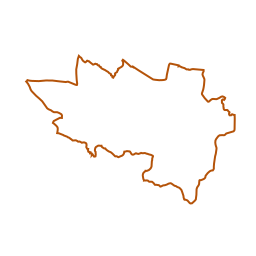 the district of Anina, Caras-Severin, Romania, rotated 96°
{"feature_id": "2599482B55434299191189", "entity_name": "Anina", "entity_type": "district", "adm_level": 2, "iso_a3": "ROU", "parent_name": "Romania", "parent_adm1": "Caras-Severin", "projection": "natural_earth1", "projection_center": [21.868, 45.042], "detail": "fine", "context": "isolated", "style": "outline", "palette": "amber", "viewbox_px": 256, "rotation_deg": 96, "n_neighbors": 0, "source": "geoboundaries", "source_scale": "gbopen_adm2", "svg_char_len": 5690}
<svg xmlns="http://www.w3.org/2000/svg" viewBox="0 0 256 256"><g transform="rotate(96 128 128)"><path d="M140.5,197.9L140.5,196.2L141.8,191.5L142.0,191.3L142.2,190.8L142.3,190.3L142.7,188.9L142.8,188.3L143.2,187.2L143.6,186.7L143.7,185.9L144.1,185.0L144.4,184.5L144.9,184.0L145.0,183.7L145.0,183.4L145.2,183.1L146.2,181.8L146.2,181.6L145.7,178.7L145.8,178.2L146.1,177.5L146.3,176.9L146.8,176.2L146.7,175.5L146.5,174.7L146.9,173.6L147.5,172.3L147.0,171.1L147.0,170.6L146.9,169.7L147.6,168.0L147.9,167.8L148.5,167.7L149.2,167.4L151.3,167.5L152.9,166.5L153.0,166.3L153.0,165.6L153.6,165.8L153.9,165.7L154.1,165.3L155.6,165.1L155.8,164.8L155.9,164.5L155.9,163.9L156.0,163.0L156.9,163.3L157.3,163.1L156.9,161.9L157.1,161.3L157.3,161.2L157.5,161.1L158.4,161.2L158.6,161.2L158.1,160.9L158.0,160.6L158.0,160.4L159.3,159.4L160.0,158.7L159.8,157.8L159.6,157.4L158.0,157.3L155.6,157.7L155.2,157.7L154.5,158.3L153.8,158.6L152.5,158.6L151.5,158.4L150.9,158.3L150.2,157.8L148.8,156.0L148.6,155.6L148.6,155.1L148.5,154.4L148.6,153.4L148.4,152.5L149.4,152.1L150.0,151.3L150.3,150.5L150.8,149.6L150.8,149.2L150.7,148.4L151.2,148.1L152.2,146.8L153.3,144.7L153.9,142.6L155.0,140.9L157.5,137.8L157.5,137.5L157.3,136.4L157.4,136.0L157.9,135.0L158.0,134.3L157.5,133.6L156.0,130.8L155.0,129.9L153.8,129.4L151.9,129.2L151.7,128.1L151.2,127.0L151.1,126.6L151.1,125.1L151.2,124.4L151.1,124.0L151.3,123.5L153.4,121.9L153.7,121.6L154.0,120.9L154.0,120.3L153.8,119.7L153.3,118.9L152.5,117.9L152.3,117.4L152.5,116.8L152.6,116.0L152.7,114.9L152.5,114.4L152.0,113.5L151.9,113.1L151.4,112.4L151.6,111.3L151.5,110.3L151.2,109.1L151.2,108.2L151.6,106.8L151.6,106.2L152.1,104.1L152.3,102.5L152.4,102.1L152.7,101.4L153.0,100.5L153.4,100.2L153.7,100.2L154.8,100.5L155.7,100.7L156.2,100.7L157.5,100.6L158.5,100.8L163.2,100.6L164.0,100.6L165.2,101.0L166.0,101.4L167.6,102.8L168.6,104.6L168.7,105.1L168.7,106.0L169.0,106.0L169.1,106.3L170.8,107.8L171.7,108.2L173.3,108.4L174.3,108.2L176.4,107.6L177.5,107.2L178.2,106.6L178.6,106.6L178.4,105.9L178.4,105.0L178.2,104.3L178.2,103.1L178.3,102.6L178.8,102.0L179.2,101.3L179.2,100.9L179.0,99.6L179.0,98.4L180.1,96.8L181.5,95.5L181.7,95.2L181.5,93.5L181.6,93.0L181.6,91.4L182.5,90.1L182.8,89.9L182.9,89.7L182.6,88.9L181.6,87.4L181.2,86.3L181.1,85.5L180.5,84.1L179.9,83.0L179.3,82.2L179.0,81.6L178.5,80.1L178.5,79.7L178.7,79.0L180.3,76.2L180.6,75.6L180.7,74.5L180.9,74.0L181.5,72.9L182.0,71.0L182.3,70.4L183.9,68.5L185.6,67.6L188.9,66.1L189.9,65.7L191.1,65.5L193.2,64.6L193.4,64.3L193.4,64.0L193.2,63.7L193.8,61.4L194.2,60.9L196.0,59.0L196.5,58.1L196.2,56.5L193.4,54.0L192.0,53.1L187.3,53.0L181.6,53.4L179.8,53.0L177.6,51.8L176.1,51.4L175.4,51.5L172.7,51.5L172.3,51.1L172.2,49.9L171.9,49.3L171.2,48.0L170.4,46.8L169.3,46.0L167.3,45.8L164.5,44.0L162.5,42.2L161.6,40.7L161.3,39.2L160.2,38.6L159.4,38.4L157.6,38.6L154.4,38.7L147.0,38.4L144.5,38.0L139.4,37.8L138.2,38.0L136.7,38.7L135.0,39.3L133.2,39.7L131.2,39.7L129.6,39.1L126.8,37.4L125.7,36.2L125.3,34.0L125.1,31.6L124.6,30.8L123.2,29.7L120.3,22.7L119.5,22.1L118.9,21.9L117.9,21.9L107.8,22.8L103.9,23.3L103.9,24.4L103.8,24.9L103.5,25.4L103.5,26.0L104.6,26.9L104.7,28.3L103.8,28.9L103.0,29.0L102.4,28.7L101.7,28.7L101.4,29.1L101.0,29.8L99.9,30.8L99.7,31.3L99.8,31.9L99.9,32.4L100.0,33.7L99.6,34.4L98.8,34.9L97.7,35.0L97.2,35.3L94.6,35.6L93.9,36.2L93.4,37.0L92.6,37.3L91.4,37.4L90.8,37.5L90.2,37.3L89.8,36.8L89.6,36.5L89.6,36.1L90.0,35.4L88.9,34.7L87.9,34.5L87.2,35.6L86.7,37.2L87.1,38.5L88.5,40.3L89.9,42.6L90.1,43.2L90.2,46.5L90.4,47.3L91.5,48.7L92.9,49.9L93.4,50.5L93.4,51.3L90.3,54.8L86.8,57.9L85.9,58.1L81.8,57.2L79.6,57.0L77.1,56.9L72.3,57.0L71.3,57.2L69.8,58.0L68.4,58.9L67.0,59.5L65.6,59.4L63.6,58.7L62.4,58.9L62.6,69.6L63.1,71.4L63.5,71.9L63.7,73.0L63.7,73.5L63.5,73.8L63.6,74.0L63.4,74.5L63.5,74.8L63.6,75.8L63.1,77.0L62.5,78.0L62.5,78.3L62.3,79.5L62.1,80.0L62.1,80.7L61.7,81.4L61.6,82.1L61.3,82.6L61.1,83.0L61.2,83.7L61.4,84.2L60.4,84.2L59.5,92.4L59.7,93.2L61.0,93.8L70.9,94.9L74.4,95.0L75.5,95.3L76.2,96.4L76.7,98.4L77.2,102.0L77.2,106.1L77.1,108.1L69.5,123.6L66.6,129.2L67.0,129.2L66.6,130.1L66.7,131.5L66.5,131.9L66.1,132.4L64.7,134.2L61.5,138.8L60.7,140.2L61.6,140.7L63.0,139.7L65.4,139.5L66.1,139.6L67.1,140.1L67.9,140.9L69.0,142.4L69.8,143.6L70.2,144.1L70.4,144.1L70.8,143.8L71.0,143.9L71.7,144.1L71.9,144.4L72.2,144.5L73.2,144.7L73.5,144.8L73.9,145.2L74.6,146.2L75.0,146.5L75.5,146.6L76.3,146.3L76.6,146.3L78.4,147.5L79.5,147.9L79.3,148.7L78.9,148.9L78.2,149.0L77.7,149.3L77.5,149.7L77.5,150.2L77.4,150.4L76.3,150.5L76.1,150.7L75.9,150.9L75.7,151.8L75.5,152.3L74.3,153.7L73.5,155.5L72.7,157.0L72.5,157.9L72.2,158.3L71.9,159.6L71.7,160.0L71.2,160.7L71.0,161.1L70.8,161.3L70.2,161.4L70.1,161.6L70.0,162.6L69.6,162.9L68.8,163.3L68.8,164.3L68.6,164.5L68.4,165.0L67.8,165.3L67.7,166.0L67.7,166.7L67.5,167.1L67.5,167.3L68.1,168.3L68.5,168.8L68.6,169.5L67.6,171.0L67.2,171.7L67.0,172.1L66.6,172.5L66.5,172.8L65.7,173.8L65.7,174.0L65.8,174.1L65.3,175.3L65.4,175.8L66.1,176.2L67.0,177.1L67.2,177.4L67.2,177.5L66.5,178.8L65.9,179.7L65.2,180.4L63.2,181.8L62.8,182.4L62.3,183.5L61.8,183.9L61.4,184.4L64.5,185.1L69.8,185.2L75.1,185.6L79.3,185.1L85.8,184.0L89.1,183.2L89.8,183.2L90.5,183.3L90.6,183.8L90.4,184.9L88.2,192.4L88.4,193.5L88.8,194.6L88.8,201.2L88.7,207.9L89.3,214.5L90.7,221.6L91.2,228.6L91.2,230.9L90.9,233.0L91.6,233.2L92.4,234.1L94.4,232.1L97.3,230.1L100.0,228.8L101.5,227.6L105.6,222.7L107.9,219.4L110.4,216.1L116.9,210.4L117.7,208.9L118.5,206.3L119.4,204.9L120.0,203.3L119.7,200.1L120.2,198.2L121.3,195.7L122.3,195.0L124.9,194.8L125.0,196.8L128.7,202.4L129.3,202.8L130.8,203.2L131.6,201.8L133.2,199.6L134.4,198.4L135.4,197.9L137.3,197.7L139.6,197.8L140.5,197.9Z" fill="none" stroke="#b45309" stroke-width="2"/></g></svg>